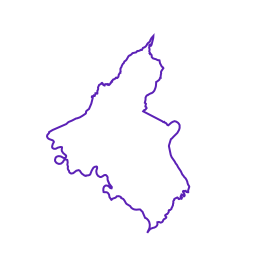 El Banco, Magdalena, Colombia, rotated 16°
{"feature_id": "7082276B17236838711216", "entity_name": "El Banco", "entity_type": "district", "adm_level": 2, "iso_a3": "COL", "parent_name": "Colombia", "parent_adm1": "Magdalena", "projection": "natural_earth1", "projection_center": [-74.016, 9.144], "detail": "fine", "context": "isolated", "style": "outline", "palette": "violet", "viewbox_px": 256, "rotation_deg": 16, "n_neighbors": 0, "source": "geoboundaries", "source_scale": "gbopen_adm2", "svg_char_len": 5750}
<svg xmlns="http://www.w3.org/2000/svg" viewBox="0 0 256 256"><g transform="rotate(16 128 128)"><path d="M175.4,223.5L176.2,221.1L177.2,218.9L179.4,217.2L180.7,216.5L181.8,215.5L182.4,214.6L182.8,213.5L182.9,212.6L182.2,210.5L183.4,209.9L184.1,209.8L185.3,210.0L186.2,209.5L186.8,208.9L187.1,208.3L187.3,206.8L187.6,205.9L188.7,204.8L189.4,203.8L189.4,203.1L187.9,202.1L187.8,201.6L188.9,200.1L189.4,199.9L189.7,199.4L190.3,197.4L189.9,196.2L190.1,195.6L191.0,195.3L192.0,193.9L192.0,192.5L192.2,192.0L192.4,190.3L192.5,189.7L192.2,188.7L192.3,187.5L191.9,186.7L191.8,186.1L191.8,185.4L192.2,184.6L192.0,183.8L192.7,182.8L194.5,181.2L195.4,181.5L196.1,182.2L196.4,182.3L196.8,182.2L197.2,181.7L197.8,181.4L198.9,181.3L199.1,180.2L199.0,179.8L198.5,179.6L197.6,179.9L197.5,179.7L197.6,178.5L197.8,177.8L197.8,177.1L198.1,177.1L198.7,177.4L199.4,177.3L200.6,178.3L200.9,178.1L201.1,177.4L200.9,176.7L200.2,176.1L200.1,175.5L199.5,175.2L198.4,174.1L198.3,173.7L198.7,173.2L199.4,173.0L200.1,173.1L200.8,172.5L201.9,173.4L202.8,173.1L203.4,173.3L203.6,173.1L203.0,171.5L203.1,167.8L203.0,167.4L202.4,166.7L201.4,165.9L200.4,164.5L199.8,163.3L198.5,161.7L197.2,160.5L195.4,159.5L194.4,158.6L193.0,157.7L190.7,155.0L187.0,151.9L185.1,149.9L183.7,149.0L182.2,147.4L178.0,144.0L176.5,142.1L172.3,134.1L172.2,133.2L172.3,127.0L173.1,125.9L174.1,123.9L176.8,119.1L177.6,115.7L177.6,113.7L176.8,111.0L175.8,110.0L174.6,109.2L172.7,108.6L170.9,108.6L169.5,109.6L168.2,110.9L166.0,114.3L165.4,114.3L165.0,114.2L163.4,112.9L161.4,112.6L161.5,112.5L161.2,112.1L160.6,112.4L160.4,112.4L160.4,112.1L160.3,112.4L160.0,112.5L159.2,112.1L138.0,107.8L138.2,107.1L138.6,106.4L139.6,105.7L140.4,103.8L140.1,103.3L139.7,102.9L138.8,102.6L138.7,102.1L138.6,99.8L137.2,99.1L137.1,96.2L136.5,93.9L136.8,92.3L137.4,91.2L137.8,90.8L138.1,90.8L138.7,90.0L140.2,88.5L141.1,88.0L142.2,86.7L143.0,84.9L143.3,82.0L143.3,80.4L143.0,78.6L142.4,76.0L143.3,75.1L144.7,73.1L144.9,72.5L145.0,70.9L145.1,70.7L145.5,70.6L145.2,70.1L145.1,68.7L144.9,68.2L144.8,66.3L144.5,65.7L144.3,64.9L144.5,63.7L145.5,60.8L145.0,60.4L145.0,60.2L143.5,59.6L140.9,56.9L139.6,54.3L139.0,54.3L137.8,54.6L136.1,54.2L132.9,54.2L131.3,53.3L130.6,51.4L129.2,50.6L128.8,50.9L128.7,50.8L128.9,50.4L128.6,50.3L128.7,50.2L128.6,49.9L127.7,49.0L127.3,48.4L127.2,47.1L127.0,46.3L126.2,45.0L126.1,44.4L126.1,44.0L126.6,43.2L126.2,42.9L126.7,42.8L126.6,42.3L126.3,42.2L126.2,41.7L126.7,41.4L127.1,42.5L127.4,42.5L127.7,41.6L127.5,35.5L127.4,34.3L127.0,32.5L125.8,35.0L125.3,37.1L125.2,39.0L123.9,40.7L123.2,42.4L123.1,43.3L122.6,44.6L121.7,45.8L120.3,46.9L119.8,49.2L118.6,49.4L118.0,50.3L117.7,50.5L116.3,51.4L115.8,51.4L115.3,52.1L115.1,52.9L114.7,53.2L111.7,54.8L111.1,56.1L110.1,57.5L109.4,57.8L109.0,58.5L108.7,58.8L107.8,62.6L107.3,63.7L106.2,65.1L106.0,66.9L105.4,67.7L104.9,69.9L104.9,71.1L104.5,72.4L104.5,73.0L104.4,73.4L104.8,74.2L105.1,75.7L105.3,75.8L105.2,76.4L105.5,77.1L104.9,77.6L104.7,78.0L104.7,78.4L104.4,79.4L104.5,80.1L104.6,80.4L104.6,81.5L104.2,82.3L104.0,82.8L103.8,82.9L102.9,82.8L102.8,83.1L102.4,83.2L102.2,84.0L101.2,84.8L101.0,85.2L100.3,85.6L100.0,86.6L99.7,86.9L99.9,87.7L99.4,87.7L99.0,88.9L99.1,89.2L98.9,89.4L99.0,89.8L98.4,91.1L98.1,91.6L97.7,91.4L97.6,91.7L97.3,91.7L97.2,91.9L96.6,91.6L96.5,91.9L95.9,91.6L94.8,91.9L94.7,92.2L94.1,92.2L93.9,92.8L93.5,92.9L93.3,93.1L93.4,93.3L93.2,93.4L93.3,93.6L93.2,93.6L92.4,93.4L92.2,92.8L91.5,92.7L91.4,92.5L91.1,92.5L90.9,91.9L90.6,91.8L90.2,92.1L90.0,93.0L88.4,94.5L88.0,97.3L88.5,98.4L88.6,99.4L88.3,100.6L89.0,103.3L88.8,103.5L87.9,103.2L87.1,103.6L87.3,104.4L87.1,106.4L86.5,106.5L86.2,106.3L86.1,106.7L85.6,106.8L85.4,107.2L84.7,107.4L84.6,107.6L84.8,108.4L85.8,108.7L86.0,114.7L85.3,120.4L83.8,122.4L83.2,123.4L83.2,124.4L83.5,125.0L83.3,125.9L80.8,128.9L78.7,131.1L76.3,132.8L75.5,133.1L72.0,136.4L69.1,138.7L67.6,141.2L56.1,150.7L53.3,153.7L53.5,154.1L53.4,154.8L52.4,156.8L52.4,158.2L53.2,159.4L54.3,160.1L55.5,160.4L59.0,160.6L60.1,161.2L60.5,161.6L60.6,162.1L60.1,164.2L60.1,166.5L60.5,167.6L61.1,168.1L62.4,168.4L63.7,168.1L64.6,167.6L65.9,166.3L67.7,165.2L68.8,164.7L69.8,164.7L70.0,165.1L70.3,167.3L70.8,168.4L72.5,169.9L76.0,171.5L76.3,172.0L76.4,173.0L75.8,174.1L74.9,174.5L74.1,174.5L71.6,173.9L70.5,173.9L69.0,174.2L67.9,174.8L67.0,175.7L66.6,176.7L66.6,178.6L67.0,179.8L68.4,181.0L69.5,181.4L71.2,181.6L72.3,181.3L73.5,180.6L74.4,179.3L74.8,178.6L75.3,176.7L75.7,175.9L76.9,175.4L78.4,175.4L78.7,175.8L79.5,177.7L79.8,179.9L81.0,181.8L81.1,183.0L81.5,184.0L82.3,184.9L83.1,185.4L83.5,186.3L83.9,186.8L84.6,187.1L85.5,187.4L86.3,187.3L87.8,186.5L90.1,183.3L92.2,182.1L93.5,182.4L95.1,183.8L96.2,184.6L99.3,185.7L100.5,185.7L100.5,185.4L103.2,184.3L104.1,183.6L104.5,182.8L104.8,179.3L105.3,177.1L105.8,175.5L106.9,174.4L108.4,173.7L108.8,173.8L109.2,174.5L109.4,175.3L109.3,177.4L109.5,178.5L110.3,180.2L110.7,180.8L112.3,182.2L114.6,182.8L115.5,182.6L116.7,181.6L118.2,179.8L119.6,179.3L120.3,179.6L121.3,180.2L122.0,181.0L122.4,182.7L123.0,184.0L124.6,186.0L124.6,185.8L125.4,186.8L128.8,189.3L129.0,189.8L128.9,189.7L128.8,190.5L128.1,190.6L127.3,190.5L125.9,189.6L124.5,189.1L123.3,189.2L122.7,189.3L122.1,189.7L121.2,191.0L121.0,192.7L121.4,194.6L122.2,196.3L122.8,196.3L124.8,195.7L125.7,195.7L126.6,196.0L128.1,197.2L129.3,199.6L131.8,201.6L132.2,201.2L132.4,200.4L135.1,198.5L135.5,198.0L136.0,196.8L137.8,196.1L139.1,196.1L140.2,196.4L140.7,196.8L140.8,197.2L142.8,197.5L143.4,197.8L144.7,198.8L146.8,200.9L147.6,201.4L151.7,202.5L152.9,203.6L154.3,204.2L155.6,204.5L157.0,204.5L158.6,204.2L161.2,203.2L162.1,203.0L162.5,203.1L163.5,203.8L165.0,204.5L169.2,209.7L170.5,209.8L171.4,210.2L172.9,211.1L174.3,212.5L175.6,214.9L176.1,217.2L176.2,218.6L175.4,223.5Z" fill="none" stroke="#5b21b6" stroke-width="2"/></g></svg>